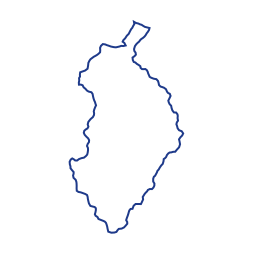 Itaipé, Minas Gerais, Brazil (orthographic projection), rotated 188°
{"feature_id": "56859067B82084481875412", "entity_name": "Itaipé", "entity_type": "district", "adm_level": 2, "iso_a3": "BRA", "parent_name": "Brazil", "parent_adm1": "Minas Gerais", "projection": "orthographic", "projection_center": [-41.656, -17.418], "detail": "fine", "context": "isolated", "style": "outline", "palette": "blue", "viewbox_px": 256, "rotation_deg": 188, "n_neighbors": 0, "source": "geoboundaries", "source_scale": "gbopen_adm2", "svg_char_len": 3327}
<svg xmlns="http://www.w3.org/2000/svg" viewBox="0 0 256 256"><g transform="rotate(188 128 128)"><path d="M91.0,93.3L89.9,95.5L88.6,97.3L88.2,100.1L88.3,102.2L87.1,103.3L86.2,104.6L85.7,106.6L84.6,108.4L83.4,109.5L81.7,109.9L80.0,110.7L77.9,111.1L76.7,113.2L75.7,114.6L74.7,116.1L74.2,119.2L75.1,121.9L75.9,123.9L74.8,126.1L73.3,128.1L72.6,130.3L74.4,132.3L77.1,132.9L78.8,134.6L79.7,136.8L80.6,138.5L80.4,140.4L79.5,142.2L80.3,144.7L80.4,146.9L80.9,148.4L82.5,150.0L84.7,149.8L86.5,151.6L87.6,153.8L88.4,156.1L90.0,157.3L91.1,158.9L91.9,160.7L91.0,163.4L90.3,165.7L91.4,167.7L93.1,168.2L94.4,169.4L95.8,171.7L98.0,172.9L99.8,173.3L101.6,173.6L103.3,174.9L103.9,176.7L104.8,178.7L106.7,180.3L109.4,180.4L112.0,181.0L113.7,181.7L114.5,183.1L115.6,184.8L116.3,186.4L117.4,187.9L119.0,188.8L120.9,188.4L122.4,188.3L123.9,189.3L124.4,190.9L126.0,191.8L128.3,192.8L129.8,193.9L131.5,194.2L132.7,196.0L133.3,198.4L131.5,200.1L130.4,201.7L131.0,203.7L132.4,205.1L133.0,207.0L132.5,210.1L131.4,212.2L130.2,213.8L129.0,215.1L128.2,216.7L127.2,218.0L125.9,219.1L124.4,220.8L123.4,222.5L122.7,224.3L121.7,226.0L120.8,228.1L120.6,230.0L122.6,230.2L125.4,230.5L127.5,231.4L128.9,232.1L130.5,232.3L132.3,232.9L134.6,233.1L136.9,234.0L136.2,231.8L137.1,229.7L137.7,227.8L138.6,226.4L139.5,224.0L140.4,221.3L142.0,219.2L143.3,216.4L144.8,214.4L145.3,212.7L143.5,211.8L141.8,209.4L144.1,208.5L146.1,208.4L147.8,207.5L149.6,206.8L151.2,206.2L153.3,206.1L156.3,206.3L158.6,206.8L160.4,207.1L162.2,207.6L164.6,207.6L166.2,205.6L166.8,203.5L166.3,201.0L166.2,199.1L167.5,197.4L168.9,196.0L170.4,194.8L171.8,193.8L173.0,192.6L174.7,190.9L175.5,189.4L176.3,187.0L176.2,184.1L176.3,181.1L178.5,178.9L181.2,177.5L183.1,176.5L183.1,174.4L182.7,172.2L183.4,170.6L182.9,168.3L183.0,166.1L182.6,164.1L180.7,164.4L178.9,164.0L177.6,162.1L175.6,160.9L173.9,159.4L172.1,158.6L169.2,158.3L167.8,156.8L167.0,154.4L166.2,152.4L165.3,150.6L164.3,149.1L163.6,147.5L162.8,146.0L163.4,144.1L164.0,141.6L164.2,139.6L163.6,137.9L163.5,136.1L164.3,133.9L166.3,131.6L168.1,128.6L168.4,126.0L167.4,123.8L168.1,121.9L169.6,120.7L170.9,119.2L171.1,117.1L170.0,115.3L168.0,113.6L166.0,112.2L164.8,110.5L164.7,108.6L165.7,106.6L166.1,104.5L164.9,102.7L164.5,100.6L164.5,98.1L164.7,96.0L165.8,94.3L167.5,92.5L169.8,91.7L172.2,90.4L173.9,88.7L175.8,88.5L177.4,89.5L179.0,90.1L180.3,88.8L181.1,86.4L180.5,83.8L179.7,82.2L179.3,80.1L177.4,78.3L175.7,76.8L175.5,75.0L175.8,73.4L175.0,71.1L172.6,69.4L171.6,67.4L171.2,65.8L170.8,63.6L170.5,61.1L170.0,58.7L168.2,57.8L165.9,57.7L163.9,57.3L161.1,56.7L159.2,55.9L158.4,54.2L157.9,52.3L157.1,50.1L156.2,47.9L154.4,45.6L151.8,45.3L150.0,45.1L148.7,44.1L148.4,42.4L148.5,40.0L148.8,38.0L147.9,36.6L145.8,35.6L144.6,33.8L141.7,33.1L139.6,32.6L138.0,32.1L136.7,31.1L135.8,29.5L134.9,27.5L134.2,25.4L133.1,22.6L129.9,22.0L126.9,22.6L125.0,23.5L124.1,25.4L123.1,26.8L120.3,27.5L118.1,29.0L116.7,31.0L115.4,33.1L115.7,34.8L117.0,36.5L116.6,38.8L116.1,41.0L115.7,43.3L115.5,45.0L115.2,46.6L114.2,48.2L112.3,48.6L111.6,51.8L109.9,53.8L106.9,54.2L104.6,54.5L103.9,56.7L103.1,59.4L103.8,61.7L103.1,63.3L102.3,65.1L101.4,66.5L100.3,67.9L99.7,69.4L97.9,70.6L95.7,70.9L94.5,72.6L93.9,74.6L94.1,76.7L95.6,78.5L96.0,81.2L95.6,83.3L94.5,84.5L93.8,86.4L93.2,88.0L92.9,89.6L91.8,91.2L91.0,93.3Z" fill="none" stroke="#1e3a8a" stroke-width="2"/></g></svg>